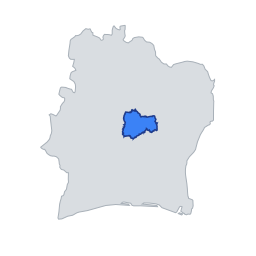 Gbeke, Vallée du Bandama, Ivory Coast (highlighted), rotated 9°
{"feature_id": "98640826B94469137469464", "entity_name": "Gbeke", "entity_type": "district", "adm_level": 2, "iso_a3": "CIV", "parent_name": "Ivory Coast", "parent_adm1": "Vallée du Bandama", "projection": "natural_earth1", "projection_center": [-5.149, 7.692], "detail": "fine", "context": "in_parent", "style": "filled", "palette": "blue", "viewbox_px": 256, "rotation_deg": 9, "n_neighbors": 0, "source": "geoboundaries", "source_scale": "gbopen_adm2", "svg_char_len": 7982}
<svg xmlns="http://www.w3.org/2000/svg" viewBox="0 0 256 256"><g transform="rotate(9 128 128)"><path d="M61.8,44.9L62.6,44.9L64.7,44.2L66.6,42.6L68.4,39.2L70.8,36.5L73.5,36.7L74.3,36.2L75.2,36.1L76.3,37.9L77.5,39.3L78.3,39.3L78.9,41.8L83.8,42.9L85.9,43.6L87.7,45.5L88.3,45.5L89.0,45.1L89.6,44.5L89.7,43.8L89.0,42.1L89.3,40.6L90.1,39.2L91.4,39.1L93.3,38.8L95.5,38.8L97.1,39.0L97.7,37.6L97.1,33.8L97.3,31.8L97.6,30.0L98.2,29.3L100.6,31.5L102.8,32.3L104.4,32.4L104.9,31.9L104.2,29.5L104.4,28.8L105.0,28.4L106.0,28.1L108.9,27.1L109.2,27.3L109.7,31.1L109.4,32.4L110.0,35.0L110.8,37.4L110.7,38.4L110.1,39.9L109.4,41.2L109.5,41.8L110.6,42.7L112.8,43.7L115.0,43.9L116.3,42.5L117.6,41.4L118.5,40.3L118.8,38.8L120.2,37.7L124.3,36.3L128.0,36.1L128.9,36.6L130.6,38.7L132.8,40.1L136.0,39.9L138.4,40.8L140.5,42.4L141.8,46.0L143.3,48.6L144.0,52.3L146.4,54.2L148.2,55.1L150.7,57.8L153.4,59.1L156.1,58.8L157.3,60.2L159.3,61.2L161.4,61.3L163.1,58.2L165.5,57.0L171.4,54.5L173.7,53.4L176.1,52.7L181.8,52.5L187.1,53.2L189.7,53.8L191.5,53.4L193.2,54.8L195.0,57.9L196.5,58.9L197.9,60.0L199.0,62.4L200.3,64.8L201.0,65.9L202.6,68.2L204.0,68.3L205.3,67.3L205.9,66.5L206.2,68.1L205.7,70.6L205.8,72.2L206.5,72.8L206.1,74.8L204.6,78.3L204.5,80.3L206.1,80.9L207.2,83.1L207.9,86.8L208.6,88.1L208.6,88.8L209.8,97.8L211.2,106.8L210.3,108.0L209.1,108.3L208.3,108.7L208.1,109.6L208.6,110.8L208.2,111.9L206.7,112.7L203.4,115.6L203.2,116.7L202.3,119.1L201.6,120.6L200.5,123.4L198.8,130.7L198.2,136.7L198.1,138.6L197.5,139.9L196.7,141.7L193.1,146.9L191.3,151.2L191.6,153.0L191.6,154.8L191.1,156.2L191.2,159.8L191.6,162.7L192.3,165.7L194.9,174.0L196.2,179.0L197.1,183.1L197.8,185.8L198.5,186.9L198.8,188.0L202.7,188.8L203.4,189.4L204.5,194.7L204.3,197.1L203.5,198.0L203.6,200.0L203.4,202.5L202.8,203.5L200.7,203.6L199.2,204.6L197.3,204.2L197.1,203.6L196.1,203.4L193.2,201.9L193.7,197.3L192.3,197.1L191.3,197.7L189.3,203.3L188.3,204.2L174.0,201.4L170.9,199.1L167.2,198.5L160.7,198.8L155.4,199.5L153.9,200.9L167.3,200.1L168.8,200.2L169.5,201.1L152.4,202.9L145.9,204.0L144.0,203.7L142.5,201.9L135.5,201.7L134.0,202.3L133.1,203.6L135.9,203.3L140.3,203.2L141.5,204.2L127.8,205.5L118.2,208.0L114.2,209.8L100.9,215.9L92.8,218.7L90.7,219.8L87.0,222.8L82.2,224.6L76.9,228.1L73.7,228.9L72.9,227.8L72.9,221.9L72.4,214.0L72.6,211.0L73.0,208.1L73.0,205.8L74.6,204.9L75.1,203.9L75.3,200.9L76.8,198.1L76.9,193.2L77.3,192.2L77.7,190.9L77.0,187.7L76.2,181.7L75.8,181.3L75.4,181.6L74.5,181.7L71.2,179.6L68.6,179.3L66.8,177.5L66.7,175.5L65.8,174.3L65.2,172.0L64.3,169.3L61.8,167.6L59.4,167.3L57.7,167.6L55.7,167.5L53.5,166.6L51.9,165.6L50.4,163.6L49.0,162.1L47.9,162.3L46.6,161.9L45.3,161.2L44.8,160.6L50.4,154.4L52.2,151.3L52.5,149.5L52.5,147.6L53.1,145.7L53.2,142.7L50.2,132.0L49.4,128.7L48.6,127.7L48.1,127.4L49.6,126.0L51.8,126.4L55.0,127.4L55.7,126.4L58.2,121.0L58.2,119.0L57.9,117.6L59.4,113.9L60.5,112.5L61.1,110.9L60.9,108.8L60.1,108.0L58.9,108.2L57.6,107.7L55.5,106.4L54.4,105.4L54.8,100.5L55.0,99.0L55.7,98.1L56.8,97.9L60.1,97.7L62.7,98.3L65.0,98.6L66.2,98.6L67.2,100.0L68.5,101.5L69.7,101.5L70.1,100.4L69.8,95.6L69.1,93.0L67.3,90.6L62.8,88.5L62.7,85.6L63.1,82.4L64.1,81.2L67.5,79.2L66.9,78.1L65.8,76.9L63.7,75.8L64.2,72.0L64.3,68.6L62.5,68.9L60.6,69.1L59.1,68.1L57.8,66.0L57.5,60.4L57.5,53.8L57.3,50.9L57.8,49.4L59.4,47.9L61.2,46.1L61.8,44.9ZM195.4,204.3L194.7,205.5L191.1,204.7L191.9,203.7L195.4,204.3Z" fill="#d9dde1" stroke="#a8b0b8" stroke-width="1"/><path d="M152.4,128.3L152.5,128.1L152.6,127.9L152.5,127.7L152.8,127.3L153.1,127.3L153.3,127.1L153.6,127.1L153.9,126.9L153.9,126.7L154.1,126.7L154.1,126.4L154.2,126.1L154.3,126.0L154.5,125.8L154.7,125.7L154.8,125.6L154.9,125.4L155.0,125.4L155.2,125.5L155.3,125.5L155.5,125.5L155.8,125.6L155.9,125.8L156.0,125.9L156.2,126.0L156.3,126.0L156.6,125.8L156.7,125.7L156.8,125.8L156.9,125.7L157.0,125.6L156.9,124.3L156.8,124.0L156.6,123.8L156.6,123.5L156.6,122.9L156.5,122.7L156.5,122.2L156.4,121.8L156.4,121.7L156.2,121.2L156.1,120.9L155.9,120.7L155.8,120.4L155.8,120.2L155.9,119.7L156.0,119.0L155.9,119.1L155.7,119.1L155.3,118.9L155.1,118.9L155.0,119.2L154.9,119.1L155.0,118.9L154.9,118.7L155.0,118.6L155.1,118.4L154.8,118.2L154.7,118.1L154.4,118.0L154.2,117.9L154.1,117.7L153.9,117.2L153.7,117.2L154.2,115.0L153.7,114.5L153.4,114.3L153.3,114.1L153.0,113.5L152.5,112.2L152.1,112.0L151.9,111.9L151.7,111.9L151.4,112.0L150.8,112.1L150.2,112.4L150.3,112.5L150.3,112.8L150.2,112.9L149.2,112.9L148.1,113.1L147.9,113.2L145.0,114.4L144.6,114.1L144.4,113.8L144.0,113.7L143.3,113.6L143.2,113.7L143.1,114.0L143.0,113.8L142.8,113.8L142.7,113.8L142.4,113.8L142.0,114.0L141.9,114.1L141.7,114.2L141.4,114.4L140.9,114.3L140.6,114.4L140.1,114.4L139.8,114.5L139.6,114.5L139.4,114.6L139.2,114.8L139.1,115.0L137.8,113.6L137.8,112.6L137.2,112.3L136.2,111.7L135.8,111.5L135.6,111.6L135.4,111.5L135.4,111.4L135.3,111.2L135.0,110.9L134.9,110.7L134.7,110.5L134.6,110.4L134.4,110.4L133.9,110.1L133.7,109.9L133.4,110.1L133.2,110.1L132.9,109.6L132.7,109.4L132.5,109.1L132.6,108.9L132.4,108.8L132.4,108.7L132.2,108.4L132.1,108.5L132.3,108.9L132.4,109.1L132.3,109.3L132.3,109.5L132.3,110.1L132.2,110.2L131.9,110.2L131.7,110.0L131.3,109.9L131.0,109.7L130.8,109.7L130.7,109.9L130.6,110.0L130.4,110.0L130.2,110.0L130.2,109.7L129.9,109.6L129.9,109.8L129.7,109.9L129.3,109.9L129.2,109.5L129.1,109.4L128.9,109.6L129.0,109.9L129.0,110.0L129.0,110.3L129.1,110.7L129.1,110.8L128.8,110.8L128.8,111.0L128.8,111.4L128.7,111.4L128.4,111.5L128.3,111.8L128.3,112.1L128.2,112.1L127.9,112.0L128.0,112.3L127.8,112.4L127.7,112.5L123.2,112.6L123.1,112.8L123.1,113.0L123.1,113.3L123.1,113.5L123.0,113.8L122.9,114.0L122.7,114.1L122.7,114.3L122.8,114.7L122.8,114.9L122.7,115.2L122.7,115.3L122.5,115.5L122.3,115.9L122.3,116.0L122.2,116.7L122.2,116.8L122.3,117.0L122.3,117.4L122.2,117.7L122.2,117.9L122.1,118.0L122.1,118.3L122.2,118.7L122.3,118.9L122.4,119.0L122.4,119.3L122.2,119.6L122.8,120.6L123.0,121.3L124.2,122.7L124.4,122.8L124.3,124.1L124.4,125.1L123.9,125.4L123.5,125.5L124.0,126.0L124.4,126.9L124.2,127.7L123.4,127.8L123.5,128.1L123.8,128.3L123.8,128.5L123.7,128.5L123.8,128.7L123.8,128.8L123.7,128.9L123.6,129.1L123.3,129.1L123.2,129.2L123.1,129.3L123.1,129.5L123.2,129.9L123.1,130.0L123.3,130.1L123.4,130.3L123.6,130.4L123.6,130.5L123.6,131.0L123.4,131.4L123.4,131.8L123.2,132.0L123.2,132.5L123.3,132.9L123.5,133.4L123.6,133.5L123.8,133.5L124.0,133.5L124.3,133.6L124.4,133.8L124.2,134.2L124.1,134.3L123.8,134.4L123.5,134.7L123.5,134.8L123.6,135.0L124.0,135.4L124.2,135.5L124.8,135.7L125.0,135.9L125.3,136.2L125.4,136.4L125.3,136.7L125.3,136.9L125.4,137.2L125.5,137.0L125.8,136.6L126.5,136.6L126.6,136.4L127.3,136.4L127.7,136.1L128.3,136.0L129.5,135.7L129.9,135.5L130.1,135.3L130.3,135.5L130.5,135.4L130.7,135.5L130.9,135.4L131.3,135.4L131.4,135.6L131.3,136.0L131.5,136.2L131.9,136.1L132.1,136.3L132.3,137.2L132.4,137.4L132.7,137.5L133.6,137.5L133.9,137.4L134.3,137.4L134.7,137.6L134.9,137.6L135.0,137.6L135.0,137.8L135.7,136.9L135.9,136.7L136.0,136.5L136.3,136.1L136.4,135.9L136.8,136.1L137.0,136.2L137.4,135.9L137.5,135.7L137.6,135.3L137.6,135.1L137.7,134.9L137.8,134.7L138.0,134.5L138.2,134.4L138.3,134.3L138.5,134.1L138.8,134.1L139.0,134.0L139.9,133.4L140.0,133.3L140.0,133.1L140.1,132.9L140.1,132.7L140.0,132.4L140.4,132.3L140.5,132.2L140.8,132.1L141.2,132.2L141.4,132.2L141.5,132.1L141.7,131.9L141.9,131.4L142.4,130.8L142.5,130.6L143.2,130.0L143.3,130.1L143.4,130.3L143.5,130.4L143.5,130.2L143.7,129.9L143.9,129.6L144.1,129.5L144.4,129.7L144.5,129.8L144.6,129.7L145.0,129.9L145.2,129.7L145.2,129.4L145.2,129.2L145.2,128.8L145.1,128.5L145.3,128.2L145.4,127.9L145.6,127.7L145.8,127.5L146.0,126.9L146.3,126.8L146.3,125.7L146.6,125.9L146.8,125.9L147.0,126.0L147.1,126.5L147.5,126.9L147.8,127.1L148.0,127.0L148.4,127.1L148.6,127.1L148.9,127.2L149.3,126.7L149.8,127.4L149.9,127.5L150.0,127.5L150.3,128.0L150.3,128.3L150.6,128.4L150.7,128.2L150.7,128.3L150.8,128.3L151.1,128.4L151.3,128.5L151.6,128.6L151.8,128.7L152.0,128.6L152.1,128.4L152.3,128.3L152.4,128.3Z" fill="#3b82f6" stroke="#1e3a8a" stroke-width="1.5"/></g></svg>